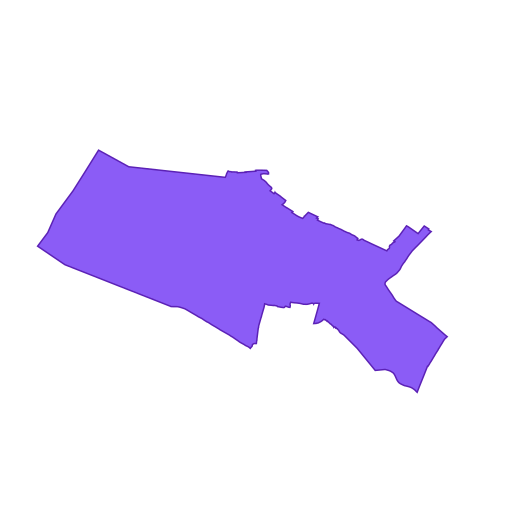 Castricum, Noord-Holland, Netherlands (Natural Earth projection), rotated 21°
{"feature_id": "6326949B28698094502949", "entity_name": "Castricum", "entity_type": "district", "adm_level": 2, "iso_a3": "NLD", "parent_name": "Netherlands", "parent_adm1": "Noord-Holland", "projection": "natural_earth1", "projection_center": [4.708, 52.56], "detail": "fine", "context": "isolated", "style": "filled", "palette": "violet", "viewbox_px": 512, "rotation_deg": 21, "n_neighbors": 0, "source": "geoboundaries", "source_scale": "gbopen_adm2", "svg_char_len": 5838}
<svg xmlns="http://www.w3.org/2000/svg" viewBox="0 0 512 512"><g transform="rotate(21 256 256)"><path d="M402.3,167.7L399.3,177.0L388.7,174.4L387.3,174.1L385.7,173.9L384.8,177.4L382.4,186.2L379.2,192.5L379.8,192.6L380.6,192.9L380.5,193.2L380.0,193.6L379.6,194.0L379.0,194.8L378.6,195.7L378.5,196.1L378.4,196.5L378.2,196.8L377.3,197.7L377.2,198.0L377.1,198.6L377.1,199.2L377.6,200.2L377.7,200.7L377.7,200.9L377.6,201.2L377.1,202.1L376.6,202.8L376.6,203.1L376.4,203.5L376.3,204.3L372.8,204.1L370.2,203.9L365.5,203.6L359.4,203.2L357.0,203.0L354.4,202.8L352.6,202.7L351.3,202.6L350.4,202.3L349.7,202.2L349.3,202.2L349.0,202.2L348.8,202.3L348.3,202.6L348.0,202.9L347.2,203.9L346.4,204.6L344.7,204.8L344.6,204.4L344.5,203.8L344.5,203.7L344.9,203.3L344.8,203.1L343.0,202.6L340.9,201.9L339.6,201.8L338.2,201.8L336.4,201.5L335.3,201.2L332.8,201.4L329.9,201.2L329.2,201.2L328.0,201.0L325.6,200.7L323.6,200.7L321.9,200.5L319.7,200.5L318.6,200.2L316.9,199.9L316.3,200.0L314.3,199.9L313.8,199.9L313.5,200.1L313.1,200.2L310.8,200.6L309.5,200.9L309.1,200.8L308.1,200.6L307.8,200.9L307.7,201.0L304.1,200.8L300.5,200.5L300.7,199.0L298.9,198.9L299.7,197.3L289.2,196.5L287.6,200.2L287.2,201.2L287.0,201.4L287.1,201.5L286.1,204.2L282.7,204.1L281.3,204.0L279.3,203.7L274.3,202.6L274.0,202.6L274.5,201.3L267.4,199.9L267.3,200.0L262.0,198.8L263.0,197.1L263.6,195.7L263.7,195.2L263.9,193.5L262.1,193.0L258.4,191.9L257.5,191.5L253.7,190.6L251.0,189.9L250.9,189.8L250.9,190.0L250.7,190.6L250.6,191.3L250.4,191.4L248.9,190.9L245.8,190.1L246.1,189.4L246.2,188.7L246.6,187.5L246.1,186.8L245.9,186.5L243.0,185.5L241.8,185.0L240.8,184.5L240.2,184.2L239.4,183.6L236.8,182.6L233.4,181.9L233.1,181.3L232.2,180.1L231.6,179.2L231.3,178.6L231.2,178.0L231.3,177.9L233.3,176.6L233.9,176.3L236.7,175.5L237.3,175.4L237.7,175.3L238.3,174.9L237.8,173.6L236.7,172.9L235.3,172.2L229.4,174.3L225.8,175.7L225.1,176.1L224.9,176.2L225.0,176.4L225.4,176.9L216.0,181.3L216.4,181.6L208.7,185.0L208.3,184.4L204.2,185.8L203.4,186.2L203.2,186.3L202.8,186.2L202.6,186.2L200.8,186.7L200.3,186.7L199.5,186.6L199.4,186.7L199.2,188.6L199.1,189.3L199.1,189.7L199.1,190.1L199.2,190.9L199.2,191.3L199.2,191.7L199.2,192.4L199.1,193.6L105.2,218.3L71.1,213.6L70.8,215.1L66.2,238.9L61.8,260.9L54.2,288.4L53.2,308.8L48.6,325.1L80.7,332.6L194.6,333.6L194.8,333.7L198.0,332.5L199.8,331.8L201.0,331.4L202.9,331.1L205.5,330.9L208.1,330.8L208.8,330.8L213.2,331.5L215.4,331.9L219.7,332.6L221.0,332.8L221.6,332.9L222.1,333.0L224.1,333.4L225.3,333.5L227.0,333.7L228.0,333.8L230.4,334.4L233.9,335.1L235.1,335.1L235.6,335.2L239.7,336.1L240.0,336.1L242.2,336.5L243.1,336.6L246.3,337.2L247.1,337.3L248.6,337.7L249.9,337.9L259.3,339.3L261.0,339.7L261.7,339.9L262.9,340.0L264.1,340.3L266.5,340.9L270.3,341.8L270.8,342.0L272.1,342.3L276.6,342.9L278.2,343.3L281.2,343.5L282.8,343.9L283.4,344.2L283.8,344.3L283.9,343.7L284.5,342.2L284.7,341.6L284.7,341.4L284.6,340.8L284.5,340.5L284.4,340.3L284.5,340.0L284.8,339.4L285.0,339.0L285.7,338.4L286.1,338.2L287.0,337.9L287.7,337.6L287.0,334.9L287.0,334.2L286.9,334.0L286.6,333.2L286.3,332.0L284.0,322.7L284.0,322.4L284.0,321.9L283.9,321.4L283.7,320.9L283.5,319.8L282.8,312.0L282.8,311.6L282.8,311.2L282.8,310.7L282.7,310.3L282.6,309.7L281.9,301.3L281.7,300.0L281.5,298.7L281.3,297.9L281.2,297.5L283.9,297.3L284.9,297.4L288.0,296.5L289.3,296.2L289.9,296.0L290.3,295.9L290.5,295.6L291.6,295.5L292.5,295.2L293.4,295.1L293.5,295.1L293.9,295.4L294.3,295.5L294.6,295.5L295.6,295.2L296.4,295.1L296.5,295.1L298.5,294.7L299.3,294.5L300.4,294.2L300.6,294.1L300.9,293.8L301.1,293.5L301.2,292.7L301.4,292.5L301.8,292.2L305.0,292.1L306.1,291.8L305.9,290.5L305.8,290.1L305.6,289.7L305.1,289.0L305.0,288.7L304.9,288.1L304.9,287.5L305.0,286.7L305.4,286.7L305.6,286.6L306.3,286.5L308.7,285.9L310.6,285.3L313.9,284.5L317.7,284.0L318.5,283.7L320.8,282.9L322.6,281.8L323.8,280.9L325.2,279.9L326.7,279.8L326.9,280.0L327.0,280.1L327.0,279.7L328.0,279.0L328.3,278.8L332.1,277.5L332.8,284.4L334.1,298.4L336.3,297.4L336.3,297.2L337.5,296.6L338.3,296.0L338.6,295.6L339.9,294.2L340.8,292.9L341.1,292.4L341.9,290.8L342.7,290.8L343.1,290.9L343.4,290.9L343.6,290.6L345.8,291.5L345.9,291.1L348.5,292.2L349.9,292.8L350.0,292.8L350.3,292.7L350.5,292.8L351.0,293.0L352.5,293.8L353.2,293.8L354.3,294.8L354.4,294.5L354.5,294.2L354.8,294.0L355.0,294.0L355.3,294.1L355.5,294.1L355.8,294.0L356.1,294.1L356.0,294.3L356.3,294.8L356.5,294.8L356.8,294.9L358.1,294.7L358.6,295.2L359.5,295.6L359.8,295.7L360.9,296.7L361.9,297.3L362.7,297.6L365.7,298.1L366.7,298.4L383.5,305.9L408.3,320.1L417.1,315.7L417.5,315.6L418.6,315.5L421.0,315.3L421.7,315.3L422.9,315.3L423.3,315.4L425.7,315.9L426.6,316.3L427.2,316.7L428.6,317.8L431.7,320.9L432.5,321.6L433.5,322.3L434.2,322.7L435.0,323.1L436.6,323.5L440.1,323.8L441.2,323.8L443.2,323.5L446.1,323.2L448.1,323.2L448.9,323.3L450.4,323.6L451.8,324.0L452.9,324.4L454.1,325.0L455.3,325.5L455.3,319.3L455.5,307.2L455.6,297.5L456.0,297.5L456.1,297.1L456.6,294.8L456.7,293.8L457.0,292.4L457.2,291.6L458.1,286.4L458.2,285.9L458.5,284.2L458.7,282.6L458.9,282.1L459.1,280.9L459.6,278.6L459.7,277.7L459.8,277.0L459.7,276.9L459.9,276.6L460.3,274.1L460.9,271.1L461.1,270.1L461.2,269.2L461.8,266.2L462.1,265.5L463.4,262.8L461.8,262.3L460.1,261.7L455.2,259.9L450.6,258.2L448.6,257.3L444.4,255.7L443.2,255.3L440.7,254.9L434.9,253.8L429.9,252.9L404.8,248.2L403.4,248.0L402.6,247.6L401.6,247.0L399.4,245.5L397.3,243.8L391.8,240.1L388.3,237.5L387.0,236.7L386.5,236.0L386.3,235.4L386.2,234.7L386.2,233.8L387.6,230.7L388.3,229.5L391.3,225.0L392.9,222.8L393.7,221.3L394.4,219.3L395.0,217.6L395.3,216.3L395.5,213.3L395.8,211.9L396.2,210.1L396.9,208.1L397.1,206.9L397.8,204.1L398.0,202.7L398.5,200.5L399.6,196.7L400.0,195.3L402.1,190.4L402.9,188.7L405.0,183.8L407.8,177.2L408.7,174.9L410.3,171.4L410.8,170.4L407.5,169.9L407.6,168.8L402.3,167.7Z" fill="#8b5cf6" stroke="#5b21b6" stroke-width="1.5"/></g></svg>